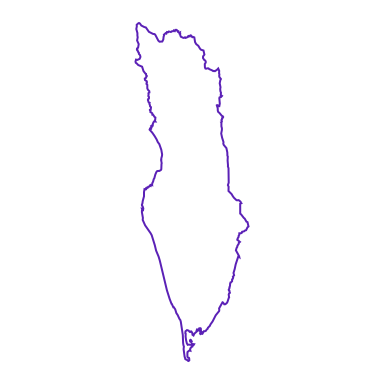 Pinrang, Sulawesi Selatan, Indonesia
{"feature_id": "22746128B71783882222616", "entity_name": "Pinrang", "entity_type": "district", "adm_level": 2, "iso_a3": "IDN", "parent_name": "Indonesia", "parent_adm1": "Sulawesi Selatan", "projection": "equal_earth", "projection_center": [119.581, -3.649], "detail": "fine", "context": "isolated", "style": "outline", "palette": "violet", "viewbox_px": 384, "rotation_deg": 0, "n_neighbors": 0, "source": "geoboundaries", "source_scale": "gbopen_adm2", "svg_char_len": 5963}
<svg xmlns="http://www.w3.org/2000/svg" viewBox="0 0 384 384"><path d="M218.2,68.5L217.1,69.7L214.9,71.2L213.9,70.9L213.2,71.1L212.0,70.3L209.2,69.1L208.5,68.4L207.8,68.3L206.0,68.7L205.4,68.5L204.9,67.2L204.8,64.7L204.8,64.0L205.7,62.6L205.7,61.5L205.2,60.5L204.2,59.9L203.0,58.0L203.1,56.3L204.4,54.6L203.5,50.5L201.0,49.7L200.1,48.8L198.3,45.8L196.2,44.1L195.1,42.2L194.3,37.4L192.7,36.8L192.3,37.1L191.9,36.6L191.3,36.5L191.2,35.7L190.8,35.3L190.5,35.3L189.0,36.5L188.6,36.0L188.1,36.2L187.5,37.1L186.7,37.5L185.6,37.9L185.0,37.3L184.0,37.9L183.4,37.9L180.8,36.7L180.1,34.7L180.2,33.6L179.6,33.5L179.8,32.7L179.3,33.0L179.1,32.5L178.4,32.1L178.3,31.4L177.8,31.6L177.1,30.3L176.4,29.9L175.9,30.3L175.4,30.0L174.8,31.1L173.8,30.4L173.1,31.2L171.8,31.3L170.9,32.0L168.8,31.5L168.2,32.2L167.0,32.0L166.4,33.5L165.7,33.1L163.9,34.7L164.1,35.3L163.6,36.7L163.3,39.5L162.3,41.5L159.5,41.7L158.3,40.6L155.4,35.0L154.6,34.1L153.0,33.9L148.9,31.8L145.9,27.5L144.2,27.0L141.3,25.5L139.9,23.5L139.0,23.0L138.2,23.4L136.7,24.8L136.8,26.5L136.3,29.0L137.4,33.0L137.4,35.7L137.7,37.2L137.1,40.5L138.7,44.1L138.1,47.6L137.4,48.2L137.4,48.8L137.0,48.8L136.9,49.6L137.3,50.5L137.9,51.0L138.3,52.3L138.8,52.6L138.9,53.9L140.0,55.1L140.4,56.5L140.3,57.4L139.6,58.9L137.4,59.9L136.0,59.6L135.5,61.7L135.8,62.8L136.7,63.4L138.2,65.0L142.1,66.7L143.5,71.1L145.6,73.8L146.0,73.9L146.2,75.3L146.8,75.9L146.7,76.5L146.1,77.0L145.9,77.9L144.8,78.5L144.8,79.1L145.0,80.0L146.8,81.3L146.9,82.6L146.5,83.1L146.5,84.0L147.1,84.4L147.3,84.8L147.3,88.3L147.9,89.7L149.3,91.2L149.4,92.5L148.6,92.9L148.4,93.7L148.6,94.8L148.3,95.8L148.4,96.3L149.0,97.0L148.9,98.6L148.2,99.0L147.9,99.9L148.6,102.2L149.1,102.7L149.6,102.8L149.4,103.9L149.9,105.1L150.1,106.4L151.0,107.2L150.7,109.7L149.9,109.9L149.9,110.2L150.4,110.9L150.4,112.1L151.7,112.8L152.4,113.5L152.3,114.7L153.3,115.0L154.5,116.9L155.4,117.5L155.2,119.6L154.8,120.5L155.4,121.5L154.2,121.4L153.7,121.9L152.9,123.5L152.7,125.8L152.3,126.0L151.7,125.6L151.1,126.1L151.7,127.1L151.4,127.7L150.8,127.9L151.1,128.9L150.8,129.2L149.9,128.9L149.6,129.7L152.3,132.7L154.7,136.2L156.6,139.4L157.8,142.1L159.3,144.1L161.3,149.8L162.1,154.3L162.0,155.8L161.3,158.4L161.3,160.0L161.1,160.1L161.7,163.2L161.5,164.0L161.3,169.2L161.0,169.9L159.5,170.9L157.6,171.0L156.9,171.3L156.3,172.2L155.3,174.6L154.3,178.3L153.7,179.2L153.1,181.6L152.4,182.9L152.1,184.6L151.5,184.7L151.8,185.2L150.7,185.1L150.6,185.9L149.9,185.6L149.3,186.6L148.3,186.7L147.9,187.1L147.9,187.6L147.2,188.0L146.9,187.8L146.4,188.7L146.0,188.4L145.6,189.4L144.5,189.1L144.0,192.1L144.0,196.3L142.7,201.2L142.4,203.4L141.9,204.7L142.0,205.7L142.6,206.3L143.3,208.4L143.0,210.4L142.6,210.5L142.5,208.7L141.9,208.6L142.2,209.5L141.9,210.7L141.9,212.2L142.9,217.9L142.7,219.9L145.1,225.3L150.6,233.2L151.7,235.2L154.8,245.2L156.1,250.6L158.6,256.6L159.8,260.6L166.9,290.2L169.6,298.8L171.5,303.8L171.8,303.9L173.3,307.2L173.7,307.1L175.2,309.3L176.4,313.2L177.6,314.9L179.5,319.0L180.3,320.0L180.8,321.7L182.8,335.0L183.1,342.9L183.4,345.0L183.9,346.6L183.6,349.1L184.6,356.6L185.4,359.2L187.1,360.0L188.3,361.0L188.7,360.9L189.3,360.3L189.2,358.5L188.9,357.8L187.8,357.5L187.4,356.7L187.4,352.9L187.6,351.9L189.5,350.4L190.4,350.7L190.1,349.2L190.4,348.2L191.2,347.5L191.6,346.7L192.2,346.6L192.2,346.3L193.0,345.6L193.2,345.0L193.7,344.9L194.1,344.2L191.7,343.9L191.4,344.5L190.6,344.8L188.6,344.6L187.7,344.8L187.5,344.4L186.9,343.5L186.1,340.4L185.6,336.7L185.7,333.7L185.3,333.2L185.5,331.3L187.0,330.1L188.6,330.6L189.7,331.9L190.2,332.0L190.8,331.4L191.3,331.4L192.2,332.7L192.5,334.8L193.5,335.5L194.4,333.6L196.9,331.4L197.0,330.8L196.6,330.6L196.8,330.0L197.5,330.8L197.9,330.6L198.1,330.1L197.8,329.5L198.2,329.1L198.1,328.7L198.4,329.7L198.6,329.8L198.6,328.3L198.9,329.1L199.2,328.5L199.7,328.8L200.2,328.2L200.8,328.5L200.9,329.7L200.0,329.0L199.4,330.1L200.1,330.3L200.0,330.9L200.5,331.2L201.2,331.1L200.2,331.4L200.2,331.8L201.6,332.0L201.3,332.5L200.6,332.5L200.8,333.3L200.2,333.7L200.9,334.8L200.8,334.2L201.0,333.9L201.6,333.6L202.4,333.8L203.9,331.2L205.0,331.2L205.9,330.8L206.6,329.6L207.7,328.7L207.9,327.8L209.9,325.8L210.4,324.5L212.6,321.4L215.7,315.3L219.1,311.1L219.3,310.0L219.1,308.4L222.5,302.3L223.0,302.5L224.3,304.3L225.4,304.2L226.9,302.9L227.5,301.8L228.8,297.8L229.1,297.5L228.7,294.6L229.1,293.4L229.8,293.0L229.9,292.5L229.5,291.7L229.4,290.6L228.9,290.4L228.7,289.8L229.6,287.8L229.4,287.3L230.0,285.9L230.1,283.7L230.5,282.5L230.9,282.5L232.1,281.2L232.1,279.4L232.8,278.8L233.2,277.5L232.9,276.7L234.1,275.3L233.5,273.0L234.7,269.0L235.7,264.3L238.3,256.4L239.3,257.1L239.1,256.2L235.9,250.3L236.6,247.9L237.3,246.8L237.3,246.1L237.7,245.3L238.7,243.8L238.8,242.8L239.9,241.9L237.3,239.8L237.6,239.3L237.6,238.5L238.6,236.9L238.6,235.9L239.3,234.7L239.3,233.3L241.1,233.2L241.9,232.7L242.1,231.8L244.1,231.3L245.0,230.5L246.1,230.2L247.5,227.3L248.5,226.5L247.5,222.1L246.4,221.6L244.7,218.6L243.8,217.9L241.2,214.5L240.2,213.6L240.2,203.8L241.3,203.2L240.9,202.8L240.6,201.8L239.1,200.4L238.2,200.1L237.5,200.3L236.5,200.2L233.9,197.7L232.7,196.0L231.6,194.1L228.5,191.0L228.6,186.7L227.9,185.1L228.7,182.7L228.5,168.2L227.9,166.3L228.0,165.3L227.6,160.5L227.8,156.5L227.4,155.7L227.3,152.4L226.4,148.1L223.8,145.0L223.3,143.7L223.5,142.1L222.1,137.7L221.2,133.5L221.9,129.9L221.9,128.2L221.4,126.3L221.4,122.6L221.2,122.3L221.6,122.1L221.9,121.2L221.4,120.1L222.1,119.0L222.0,118.2L222.9,117.7L223.2,117.0L222.7,116.2L221.9,115.9L219.5,113.0L218.2,111.9L217.8,110.7L217.7,108.1L216.8,105.3L217.1,105.1L218.1,105.5L218.7,106.2L219.3,106.2L219.8,103.6L219.3,98.1L219.6,97.3L220.9,97.1L222.0,95.9L221.6,95.6L221.0,95.9L220.7,95.1L221.0,92.8L220.4,91.2L220.2,89.0L220.5,87.2L219.7,83.3L220.3,80.2L220.9,79.0L219.4,77.0L219.2,76.0L219.4,74.2L219.1,73.6L219.1,72.4L219.2,70.8L218.2,68.5ZM191.8,341.4L190.8,339.9L190.5,339.8L190.0,340.3L190.1,341.4L190.6,341.9L191.6,341.9L191.8,341.4Z" fill="none" stroke="#5b21b6" stroke-width="2"/></svg>